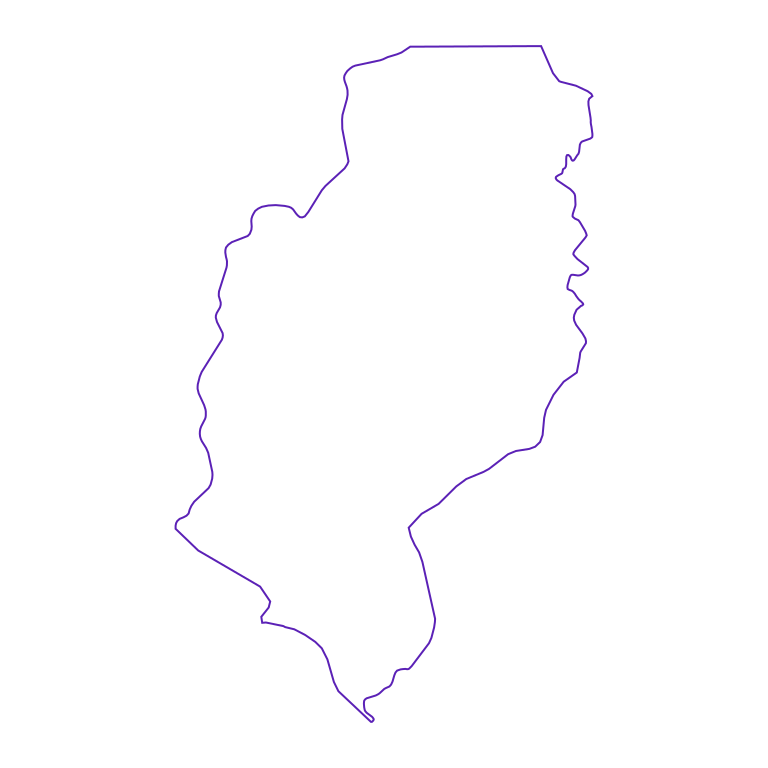 River Cess, Mercator projection
{"feature_id": "LBR-792", "entity_name": "River Cess", "entity_type": "County", "adm_level": 1, "iso_a3": "LBR", "parent_name": "Liberia", "parent_adm1": "", "projection": "mercator", "projection_center": [-9.35, 5.813], "detail": "fine", "context": "isolated", "style": "outline", "palette": "violet", "viewbox_px": 768, "rotation_deg": 0, "n_neighbors": 0, "source": "natural_earth", "source_scale": "10m", "svg_char_len": 3830}
<svg xmlns="http://www.w3.org/2000/svg" viewBox="0 0 768 768"><path d="M371.0,721.9L338.4,691.2L333.9,682.0L327.4,659.4L321.8,648.3L315.3,641.9L305.2,635.0L294.3,629.3L285.2,627.1L283.4,626.1L265.9,622.5L262.2,622.8L261.3,616.8L268.7,607.5L270.2,601.5L260.1,586.6L198.2,550.5L175.6,528.8L175.6,528.6L175.6,525.7L176.1,523.2L177.2,521.1L179.6,518.9L183.5,517.3L186.5,515.7L188.6,513.5L189.7,509.5L191.4,505.8L194.2,501.7L208.6,488.1L210.6,484.6L212.2,478.6L212.5,474.9L212.3,471.9L208.2,452.8L206.1,448.0L201.9,441.3L200.8,438.9L200.1,436.6L199.8,433.8L199.9,431.4L200.3,428.9L201.2,426.4L205.1,418.8L205.6,417.2L205.8,415.5L205.8,411.6L205.5,409.5L204.1,405.1L198.7,393.4L197.6,388.9L197.6,386.7L197.8,384.3L199.8,376.5L201.7,371.9L221.9,339.7L222.6,337.6L222.9,335.4L222.6,333.1L217.0,322.0L215.8,317.6L215.9,315.5L216.7,313.1L220.0,307.4L220.7,304.8L220.7,302.4L218.8,296.0L218.8,293.8L219.0,291.4L226.5,267.6L226.9,265.4L227.0,261.3L226.6,259.2L226.0,257.0L225.3,252.5L225.4,250.0L226.0,247.5L228.3,244.7L231.9,242.1L247.7,236.0L249.8,233.8L251.4,229.7L251.7,226.6L251.3,221.1L251.5,218.7L252.3,216.1L253.6,213.5L255.2,210.9L258.2,208.6L261.9,206.8L268.5,205.5L275.7,205.1L284.6,205.9L288.9,206.8L291.2,207.8L293.1,209.4L296.1,213.6L297.8,215.5L299.8,217.1L302.2,217.4L304.8,216.4L308.3,212.0L321.8,190.3L325.5,185.9L344.6,168.4L347.3,164.3L348.5,161.3L342.3,128.9L342.1,119.5L342.5,114.9L346.9,99.1L347.6,94.8L347.5,90.5L347.1,88.4L346.5,86.2L344.9,81.9L344.3,79.7L344.1,77.6L344.5,75.5L345.7,73.3L347.3,71.0L350.2,68.4L352.6,66.7L355.3,65.6L380.1,60.3L383.0,59.3L387.7,57.1L397.0,54.3L401.5,52.5L410.2,46.7L541.1,46.1L553.0,73.2L559.2,81.2L561.1,81.9L575.9,85.7L587.6,91.2L591.3,93.9L592.4,96.1L589.2,98.7L588.4,101.4L588.5,105.1L590.5,117.6L590.8,120.6L590.7,122.0L590.9,124.0L591.5,127.0L592.4,133.9L592.4,135.9L592.2,137.1L591.7,137.6L590.3,138.6L582.1,141.5L580.9,142.6L579.9,144.6L579.1,151.7L578.5,153.7L577.2,155.3L574.6,159.4L573.7,160.4L572.8,160.7L572.1,160.4L571.4,159.4L570.6,157.2L569.3,155.7L568.3,155.0L567.1,155.1L566.4,156.4L566.2,159.1L566.2,164.2L565.8,166.7L564.8,168.2L563.8,168.7L563.0,169.3L562.4,172.4L562.1,173.2L561.4,173.8L558.3,175.3L556.1,176.8L555.7,178.0L556.3,179.4L557.4,180.5L570.3,189.2L573.3,192.2L574.6,194.1L575.1,196.1L575.5,204.6L575.3,206.1L572.9,213.6L572.6,215.3L572.6,216.5L573.0,217.0L574.9,218.6L578.4,220.2L579.9,222.1L585.1,230.9L586.2,233.6L586.7,235.3L585.9,236.8L585.2,237.8L575.0,250.2L573.7,252.5L573.4,253.5L573.4,254.4L574.6,256.0L577.5,259.1L587.6,267.0L588.1,268.0L588.1,269.1L587.3,270.3L585.1,272.5L583.4,273.7L581.4,274.8L579.8,275.3L578.0,275.5L573.2,274.8L571.8,274.8L571.1,275.1L570.6,275.7L569.8,277.3L567.6,285.1L567.4,287.4L567.7,289.0L568.6,289.5L569.6,290.0L570.9,290.4L572.1,290.9L573.2,291.8L574.8,293.7L576.4,296.3L578.5,299.1L579.8,300.4L581.1,301.5L583.0,303.5L583.2,304.5L582.3,305.4L581.0,305.9L576.6,309.7L574.3,314.8L573.8,317.7L574.2,320.6L576.1,324.8L582.5,333.5L585.4,338.5L586.0,341.2L585.9,343.2L580.7,351.5L580.2,352.8L579.6,357.9L576.8,372.5L563.7,381.7L553.5,394.8L546.0,409.9L544.2,417.8L542.6,435.1L540.1,442.0L535.2,446.7L529.3,448.9L515.9,451.0L508.1,454.2L489.0,468.9L483.5,471.9L466.3,479.0L456.3,486.4L438.6,503.9L421.6,513.8L408.7,527.7L410.9,536.6L414.6,544.7L419.1,552.4L422.4,561.9L435.1,618.8L434.9,622.1L434.1,627.5L431.4,637.9L429.0,643.2L411.6,666.2L409.1,668.7L408.2,669.1L407.1,669.2L405.4,668.9L402.8,669.1L400.6,669.4L397.1,670.6L395.5,672.5L394.3,675.4L392.5,681.6L391.1,684.6L389.4,686.5L386.0,688.0L384.3,688.9L380.0,692.9L379.0,693.7L377.7,694.5L375.7,695.5L366.6,698.3L365.1,699.4L364.2,700.7L364.0,702.0L363.9,703.8L364.2,707.4L364.7,709.9L365.1,710.9L365.9,711.9L366.7,712.8L372.2,716.9L373.5,718.6L373.7,719.5L373.3,720.5L372.0,721.8L371.1,721.9L371.0,721.9Z" fill="none" stroke="#5b21b6" stroke-width="2"/></svg>